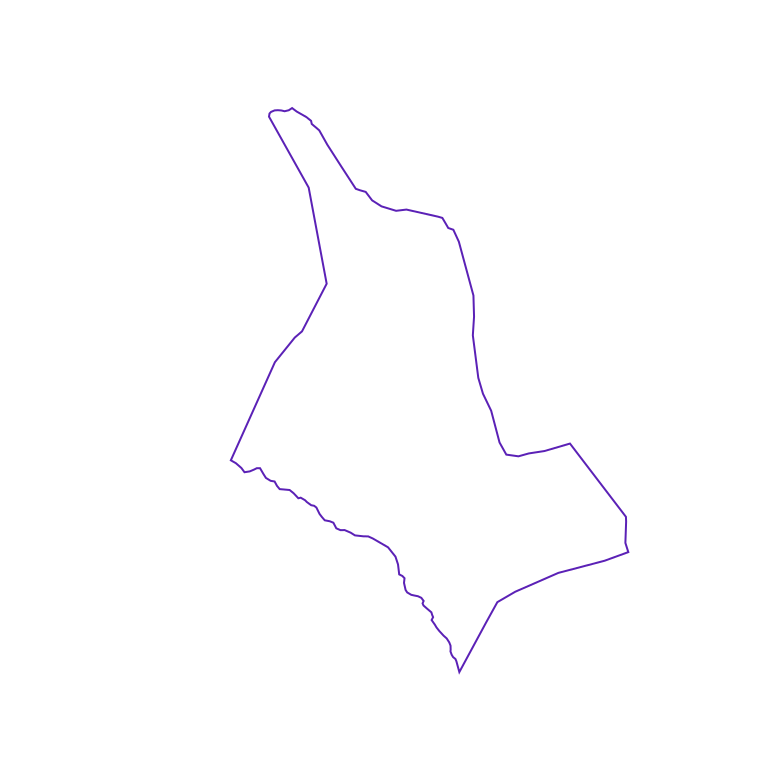 Bossembélé, Ombella-M'Poko, Central African Republic, rotated 157°
{"feature_id": "33826404B7214769303301", "entity_name": "Bossembélé", "entity_type": "district", "adm_level": 2, "iso_a3": "CAF", "parent_name": "Central African Republic", "parent_adm1": "Ombella-M'Poko", "projection": "equal_earth", "projection_center": [17.729, 5.164], "detail": "fine", "context": "isolated", "style": "outline", "palette": "violet", "viewbox_px": 768, "rotation_deg": 157, "n_neighbors": 0, "source": "geoboundaries", "source_scale": "gbopen_adm2", "svg_char_len": 1713}
<svg xmlns="http://www.w3.org/2000/svg" viewBox="0 0 768 768"><g transform="rotate(157 384 384)"><path d="M385.4,675.0L376.6,594.2L397.6,498.7L438.9,464.5L448.0,461.6L475.9,446.7L554.8,373.6L551.3,369.0L548.1,362.4L546.9,357.3L541.7,356.0L537.0,356.0L534.0,356.2L531.0,354.9L530.1,347.9L529.4,343.7L526.2,339.2L522.8,337.0L522.3,332.0L521.1,328.0L517.7,326.2L512.3,323.3L509.9,318.8L507.5,312.3L505.1,311.9L502.1,307.9L501.1,305.4L498.4,300.9L495.9,299.2L494.5,296.7L494.1,289.6L493.1,285.7L491.8,281.7L487.5,278.8L484.8,276.1L484.3,269.8L481.2,266.5L477.3,264.9L472.8,260.2L469.9,256.0L462.4,251.8L458.1,249.9L454.7,246.2L444.1,232.1L440.9,220.6L441.6,212.4L444.4,202.8L442.1,200.1L441.0,197.2L443.3,193.1L444.6,186.0L444.1,183.1L441.3,179.3L438.5,177.3L435.7,175.4L433.2,172.6L432.3,168.8L434.2,167.0L434.2,164.7L432.2,160.5L429.6,155.3L429.9,152.6L429.9,150.2L432.4,148.1L431.2,142.5L430.8,139.4L429.6,135.0L427.5,129.1L425.7,125.3L424.9,120.6L425.0,117.1L426.5,113.3L427.3,111.9L427.5,108.3L427.1,105.6L425.7,103.0L425.7,100.5L427.2,89.4L382.9,124.8L364.9,138.9L344.3,141.5L297.3,142.0L249.9,135.1L224.8,133.8L223.9,143.4L214.9,162.7L213.2,167.2L236.1,256.5L262.5,259.6L277.8,263.5L288.5,264.9L299.0,271.2L300.5,285.0L295.8,317.5L296.7,336.4L294.8,352.8L283.2,394.1L274.8,410.8L267.1,430.5L262.0,467.6L259.5,485.7L259.9,498.9L263.9,502.5L264.7,508.9L265.4,514.1L269.0,517.0L295.2,535.8L305.2,538.7L316.9,548.5L323.2,557.7L325.8,568.0L330.4,571.7L333.7,574.7L338.4,601.3L342.7,626.5L344.5,642.8L348.9,651.6L348.3,654.7L351.2,660.1L357.9,668.9L360.8,673.9L364.7,673.2L368.9,673.9L371.6,675.9L374.7,677.5L377.8,678.6L381.7,678.6L383.7,677.7L385.4,675.0Z" fill="none" stroke="#5b21b6" stroke-width="2"/></g></svg>